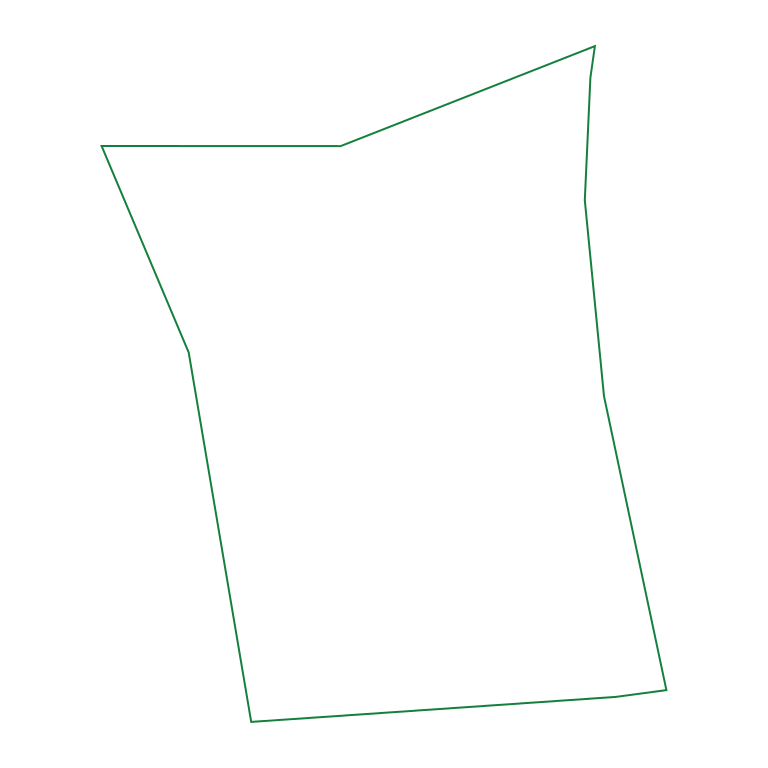 the border of Mubarak Al-Kabeer
{"feature_id": "KWT-1666", "entity_name": "Mubarak Al-Kabeer", "entity_type": "Province", "adm_level": 1, "iso_a3": "KWT", "parent_name": "Kuwait", "parent_adm1": "", "projection": "albers", "projection_center": [48.072, 29.26], "detail": "fine", "context": "isolated", "style": "outline", "palette": "green", "viewbox_px": 768, "rotation_deg": 0, "n_neighbors": 0, "source": "natural_earth", "source_scale": "10m", "svg_char_len": 256}
<svg xmlns="http://www.w3.org/2000/svg" viewBox="0 0 768 768"><path d="M594.9,46.1L590.4,77.6L584.8,200.2L604.0,396.2L666.4,690.1L615.8,696.9L251.2,721.9L188.7,352.5L101.6,146.0L340.6,146.1L594.9,46.1Z" fill="none" stroke="#15803d" stroke-width="2"/></svg>